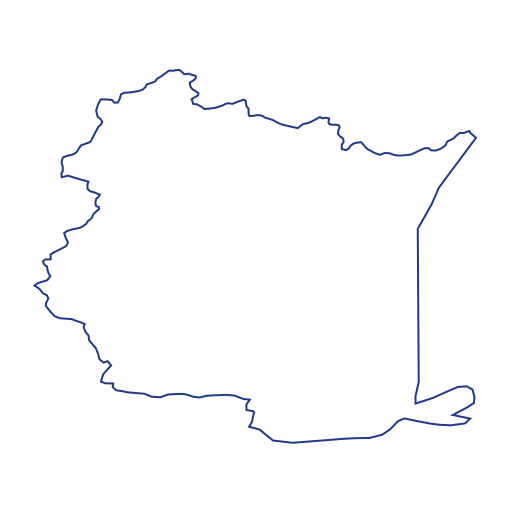 Kecil Lojing, Kelantan, Malaysia (Equal Earth projection), rotated 89°
{"feature_id": "92858781B76636493709189", "entity_name": "Kecil Lojing", "entity_type": "district", "adm_level": 2, "iso_a3": "MYS", "parent_name": "Malaysia", "parent_adm1": "Kelantan", "projection": "equal_earth", "projection_center": [101.527, 4.769], "detail": "fine", "context": "isolated", "style": "outline", "palette": "blue", "viewbox_px": 512, "rotation_deg": 89, "n_neighbors": 0, "source": "geoboundaries", "source_scale": "gbopen_adm2", "svg_char_len": 3502}
<svg xmlns="http://www.w3.org/2000/svg" viewBox="0 0 512 512"><g transform="rotate(89 256 256)"><path d="M134.7,40.6L136.6,46.0L136.6,50.4L140.2,54.8L141.8,56.3L143.8,60.4L145.1,63.0L148.4,64.4L151.5,68.5L152.3,70.4L153.7,74.4L153.4,79.2L151.2,81.4L151.2,85.5L152.9,89.6L155.1,94.4L157.3,99.2L157.8,105.1L158.1,111.4L157.5,115.8L155.6,120.6L155.3,125.8L157.0,130.2L155.6,134.3L154.2,137.2L150.9,142.8L147.9,145.7L147.1,146.1L144.0,149.1L144.6,153.9L145.1,156.1L147.3,159.4L150.1,161.2L151.7,164.2L150.6,168.3L146.2,168.3L143.5,166.4L140.2,166.8L137.7,170.1L135.2,172.0L131.1,171.2L128.9,170.1L126.7,170.9L126.1,173.8L126.1,177.9L125.3,180.5L123.7,181.2L119.8,180.5L119.0,183.4L119.5,187.1L118.2,189.7L122.8,198.6L123.9,201.5L124.8,206.3L127.2,210.0L128.9,211.9L125.3,227.0L122.8,232.6L120.4,236.6L119.0,240.7L117.8,244.6L115.9,247.4L115.3,249.8L115.2,252.9L115.9,256.4L115.9,260.2L113.9,260.9L110.8,260.9L108.6,260.9L106.5,262.6L104.1,263.3L100.7,263.5L99.5,265.4L100.5,268.7L101.4,271.6L102.3,273.9L103.5,276.8L102.8,280.8L103.2,283.6L104.6,286.0L106.5,291.9L107.2,294.7L107.9,300.4L107.9,302.8L108.3,304.7L105.8,308.0L103.4,312.2L102.7,316.3L100.5,316.7L98.1,317.7L96.5,315.1L94.4,311.1L92.1,310.8L90.5,313.0L88.4,316.3L87.0,317.7L85.4,318.6L84.0,318.9L81.5,319.1L79.2,315.3L78.0,313.7L76.6,313.0L74.8,313.2L73.8,317.0L72.5,320.1L72.9,322.7L73.0,324.5L71.3,326.2L69.7,327.9L68.6,329.5L68.8,333.1L69.3,335.4L69.2,339.9L74.6,347.5L77.4,352.3L79.6,353.4L81.2,357.9L82.6,362.3L85.4,363.8L87.6,366.4L89.0,370.1L90.1,377.8L90.6,385.2L92.0,388.2L96.1,389.3L100.2,391.5L100.2,394.8L97.5,397.4L96.9,401.9L96.7,408.5L98.9,409.7L101.3,411.1L107.7,413.3L114.0,411.9L116.5,408.9L119.2,407.4L121.7,408.5L124.2,411.5L130.3,414.8L135.2,417.4L139.1,419.6L142.4,429.2L147.6,432.6L149.8,434.4L151.5,438.1L152.6,443.3L154.2,447.4L158.6,448.8L163.6,447.7L167.7,447.7L170.2,449.2L173.8,448.8L172.4,442.5L175.7,432.6L177.6,425.9L178.7,422.2L181.8,423.3L185.9,423.3L188.4,420.7L189.5,416.7L191.9,411.1L194.4,412.6L196.1,414.8L199.9,415.6L203.0,415.2L204.6,412.2L206.5,412.2L209.8,416.3L211.2,417.8L214.5,419.3L216.5,421.1L218.4,423.7L220.9,425.2L223.1,428.5L224.7,431.5L226.1,438.8L227.7,444.4L229.7,447.4L234.6,445.9L239.3,443.7L242.6,445.5L244.8,449.6L245.6,451.1L248.7,457.7L250.9,461.4L255.8,461.4L255.8,467.0L257.8,469.2L261.1,467.7L263.0,465.1L266.3,464.7L269.9,463.6L272.6,462.1L276.5,465.1L277.9,469.5L279.2,474.3L281.7,478.0L285.0,473.2L289.7,469.5L291.6,465.8L294.9,464.4L299.1,466.6L302.4,467.0L309.0,461.8L312.8,458.1L314.8,453.3L315.9,441.4L317.8,436.6L319.4,432.2L321.1,428.5L324.4,429.6L328.8,427.8L332.7,424.8L337.3,424.4L345.3,417.8L351.3,415.5L356.5,414.3L359.9,410.3L358.6,406.2L362.9,402.8L371.5,410.8L378.9,413.2L380.6,409.1L381.0,401.0L384.4,401.6L387.9,398.1L388.7,392.4L390.0,387.2L390.9,378.5L391.8,369.8L394.8,362.9L395.6,354.2L393.0,346.7L392.6,338.6L392.6,331.7L393.5,327.1L395.6,321.3L396.5,315.0L394.8,307.4L394.3,288.4L395.2,279.7L398.6,271.6L399.5,264.7L404.2,268.2L409.8,268.2L411.1,261.8L412.0,260.7L421.9,263.0L426.6,265.9L427.6,262.2L429.6,255.5L440.8,242.2L443.4,222.5L440.3,171.7L439.9,160.2L439.9,145.7L436.9,133.0L431.7,125.0L423.6,116.9L421.0,110.5L424.0,97.3L426.6,84.6L427.9,75.9L428.7,64.3L427.0,49.9L422.3,44.7L418.4,62.0L411.1,47.6L406.8,40.7L400.7,40.1L393.4,41.8L390.0,47.6L390.4,56.3L395.6,69.0L401.2,82.2L406.3,99.0L399.0,99.0L384.8,95.5L231.7,93.8L207.2,79.4L190.8,71.9L141.7,34.0L139.4,36.4L136.9,39.3L134.7,40.6Z" fill="none" stroke="#1e3a8a" stroke-width="2"/></g></svg>